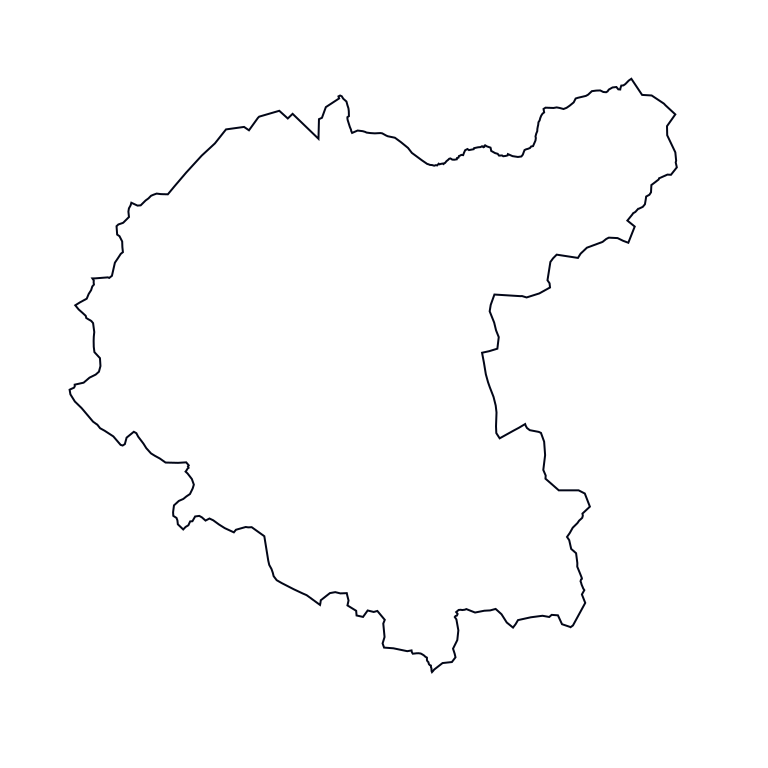 outline of Bauchi, Bauchi, Nigeria, rotated 85°
{"feature_id": "59680162B24167581171767", "entity_name": "Bauchi", "entity_type": "district", "adm_level": 2, "iso_a3": "NGA", "parent_name": "Nigeria", "parent_adm1": "Bauchi", "projection": "mercator", "projection_center": [9.889, 10.254], "detail": "fine", "context": "isolated", "style": "outline", "palette": "ink", "viewbox_px": 768, "rotation_deg": 85, "n_neighbors": 0, "source": "geoboundaries", "source_scale": "gbopen_adm2", "svg_char_len": 6144}
<svg xmlns="http://www.w3.org/2000/svg" viewBox="0 0 768 768"><g transform="rotate(85 384 384)"><path d="M675.2,361.3L674.1,360.1L672.9,359.0L667.1,350.0L666.9,340.6L662.5,336.6L658.9,337.1L653.7,338.3L645.5,333.3L635.9,331.4L624.8,332.4L622.3,333.8L621.4,333.0L621.0,331.5L619.5,330.7L618.8,331.1L617.5,332.0L615.6,329.3L615.6,327.2L616.0,325.8L615.9,323.2L615.4,321.6L619.6,313.2L618.6,303.8L618.8,298.0L617.8,292.4L623.6,287.0L632.3,282.5L637.9,276.7L634.7,273.8L630.9,271.1L629.2,258.1L628.7,246.3L630.5,239.7L628.6,237.1L629.6,230.9L638.8,227.6L642.4,219.4L642.5,219.3L641.0,216.8L619.6,202.6L610.9,205.2L606.8,202.4L605.0,203.4L603.9,203.7L601.2,204.6L599.0,205.0L598.0,205.3L597.8,205.4L597.1,205.2L596.6,205.0L596.1,204.8L595.8,204.6L595.5,204.1L595.3,203.8L594.3,203.9L590.9,204.9L582.8,207.4L579.2,207.0L569.3,207.4L564.6,211.9L555.7,213.1L552.3,215.0L548.6,211.9L543.6,208.5L539.4,203.4L537.1,201.5L535.7,199.6L534.6,198.2L532.5,197.4L530.4,197.6L524.1,189.6L510.6,193.5L506.9,199.4L505.2,219.1L492.4,231.4L489.3,230.9L483.5,232.8L468.9,229.7L455.4,229.5L446.4,231.9L445.2,234.0L442.7,242.8L440.3,245.4L438.1,246.4L436.2,246.9L439.3,253.3L441.6,258.7L448.2,273.5L442.7,276.4L435.9,276.1L422.2,274.4L415.2,274.6L406.4,276.0L396.4,278.9L391.3,280.2L383.2,281.7L371.4,282.6L361.4,283.6L360.5,276.5L358.7,268.0L347.3,265.6L340.3,267.7L332.4,268.9L320.8,272.4L314.5,270.8L304.5,266.2L308.4,240.3L308.4,238.9L310.2,234.4L307.3,221.4L302.3,210.2L298.1,210.3L294.9,212.1L276.9,207.6L273.5,204.6L270.2,200.7L275.3,179.8L271.3,176.8L265.9,170.0L261.5,153.9L258.9,150.0L257.8,147.3L259.0,138.6L262.2,133.3L264.6,128.3L249.0,120.5L242.4,127.3L236.5,121.6L235.7,121.1L234.5,118.6L231.6,115.5L231.6,114.9L230.1,110.8L227.7,108.4L222.7,107.1L220.1,106.5L218.6,103.1L216.3,101.3L209.1,100.3L204.3,92.7L203.6,92.2L203.1,92.1L200.1,83.4L200.6,79.9L193.7,73.4L188.7,74.1L187.0,73.5L178.6,73.6L160.9,80.2L151.8,79.6L140.8,70.3L130.9,79.3L129.1,80.7L119.9,92.2L118.5,101.7L101.5,111.0L103.1,113.8L106.3,117.5L107.4,119.5L107.4,121.6L110.0,122.7L111.2,123.0L110.9,124.9L108.4,126.6L108.5,130.5L110.3,134.4L112.0,135.8L112.7,137.3L112.2,140.1L110.4,143.0L110.2,147.0L110.4,151.4L113.6,155.5L114.6,157.8L115.1,161.2L115.8,166.0L116.3,168.2L120.0,170.5L123.0,174.9L124.8,178.1L125.7,181.2L124.3,185.0L123.5,187.9L123.8,191.1L123.3,195.0L122.8,199.0L123.9,201.1L127.4,200.8L128.5,202.5L130.4,204.0L132.8,205.2L135.0,206.0L136.7,207.3L139.3,207.8L141.1,208.4L143.3,209.0L145.5,209.3L147.8,210.5L150.6,211.5L152.2,211.3L154.7,211.9L160.0,214.8L160.2,216.7L161.6,218.0L162.2,219.9L162.6,222.0L163.2,223.6L165.2,224.6L167.6,225.7L169.3,227.3L169.5,230.8L168.2,236.1L166.5,239.2L165.8,240.5L167.0,240.9L167.4,242.9L167.5,245.4L166.6,246.5L166.5,249.5L164.6,250.7L163.6,253.3L161.1,256.9L158.9,257.1L157.8,257.3L156.3,260.7L155.0,262.5L155.4,263.2L156.5,263.4L156.8,264.3L155.7,265.6L156.4,267.2L156.4,269.8L156.9,273.7L157.9,274.2L158.4,279.0L157.2,280.4L158.2,282.8L160.9,284.3L162.9,285.2L162.5,287.0L163.2,288.5L163.4,289.4L165.0,290.1L165.2,291.5L166.5,291.9L166.7,294.5L166.4,296.5L165.7,297.3L165.1,298.2L165.3,299.4L166.3,300.6L167.5,302.4L169.1,303.9L169.3,304.9L170.1,305.5L169.5,306.5L169.7,308.3L170.0,309.5L169.3,310.3L170.9,312.0L170.5,313.2L170.9,315.0L170.1,317.0L169.7,319.3L169.0,320.5L168.6,321.7L164.5,326.7L156.2,336.1L150.9,339.5L144.5,346.1L139.6,351.7L137.5,358.7L136.6,360.3L134.1,364.0L133.7,365.8L133.5,371.4L132.8,375.9L132.0,379.5L131.2,380.8L130.3,383.1L129.2,388.2L131.1,393.9L129.1,394.6L127.8,394.7L125.0,395.6L121.0,396.5L117.8,397.2L116.3,397.3L115.0,397.2L114.1,395.6L109.4,395.3L108.6,395.3L106.2,395.4L103.2,396.1L99.3,396.8L96.3,399.7L93.7,401.0L92.8,402.6L93.5,404.3L95.6,403.8L103.1,417.8L113.4,422.6L114.5,425.7L134.0,427.9L106.9,451.5L111.1,456.7L102.7,464.5L106.8,485.1L107.9,486.4L119.5,496.4L115.7,501.0L116.6,519.2L129.6,531.5L140.6,545.7L156.1,562.6L168.9,575.6L176.2,582.8L175.4,589.7L174.5,593.9L175.4,597.3L176.2,599.7L178.6,602.5L180.4,605.5L184.8,610.8L184.8,614.0L181.4,619.9L184.0,620.9L186.8,622.8L190.0,623.6L195.4,623.5L200.6,629.7L200.9,630.6L201.9,634.7L203.5,636.7L211.9,636.8L213.7,634.6L219.2,632.4L224.8,632.7L229.9,632.6L231.4,634.9L235.0,637.7L239.7,641.5L252.5,645.6L254.4,648.5L253.7,649.8L253.6,662.3L253.4,665.3L255.6,664.1L257.4,664.4L259.7,664.3L261.4,666.1L265.0,667.6L268.5,670.3L273.1,672.7L276.2,679.8L278.7,684.7L283.1,681.7L286.8,678.2L290.1,675.2L292.4,674.8L295.7,670.1L298.0,668.5L307.0,668.1L311.7,669.0L315.8,669.5L321.7,669.9L327.0,669.7L333.5,664.7L341.4,664.9L346.9,666.9L349.5,670.4L352.0,676.8L356.5,683.1L357.7,692.2L359.5,692.3L360.7,693.2L361.6,695.9L362.3,697.7L367.0,697.3L374.5,693.5L381.7,687.3L396.2,677.1L399.7,673.0L403.3,670.7L406.2,666.4L412.6,658.2L421.7,651.7L422.5,649.7L421.3,647.4L415.0,645.1L409.8,637.4L411.4,635.0L415.0,633.5L422.5,628.8L427.2,626.4L432.8,622.2L435.5,618.6L438.7,613.8L443.2,608.5L444.6,596.0L444.8,587.9L448.0,585.6L449.0,586.5L449.9,586.1L450.5,586.0L451.0,586.9L453.5,588.8L454.0,589.3L456.0,587.5L461.9,583.7L467.7,582.2L471.4,583.7L476.7,586.9L478.8,590.7L481.0,593.9L482.6,598.6L486.6,603.8L493.4,605.3L497.0,605.4L499.3,602.4L501.8,601.7L505.8,601.6L511.4,596.7L509.1,594.1L507.7,591.2L504.0,589.1L504.0,586.8L501.4,585.0L499.5,583.7L499.3,579.5L501.0,577.0L504.5,573.7L502.8,569.6L504.9,566.0L509.6,560.6L513.7,555.2L518.7,546.5L516.3,544.2L514.4,534.2L515.0,531.7L515.1,528.3L525.2,516.5L549.9,514.7L554.2,514.1L558.5,512.2L562.5,511.2L565.8,510.7L570.1,508.0L573.5,503.1L580.6,491.8L585.6,483.2L587.6,479.5L598.5,467.0L597.3,466.6L593.9,465.8L587.6,456.1L587.1,450.7L587.2,450.4L588.8,445.7L589.1,439.3L591.6,439.0L596.6,438.2L601.4,439.7L607.5,431.5L612.2,431.5L614.2,425.2L608.2,420.0L610.2,414.1L609.5,410.4L619.0,403.8L622.6,405.6L636.1,405.5L642.3,408.0L646.6,406.9L648.1,397.7L652.2,384.1L651.8,379.8L652.9,379.7L653.6,379.6L654.3,379.3L655.2,378.8L655.1,375.2L655.2,373.1L655.7,370.9L656.9,369.1L658.1,367.6L659.3,366.6L660.3,365.1L662.8,365.3L663.9,364.9L665.0,364.0L666.9,363.7L668.0,362.9L668.6,361.8L670.2,361.9L671.4,361.5L672.8,361.6L674.3,361.6L675.2,361.3Z" fill="none" stroke="#020617" stroke-width="2"/></g></svg>